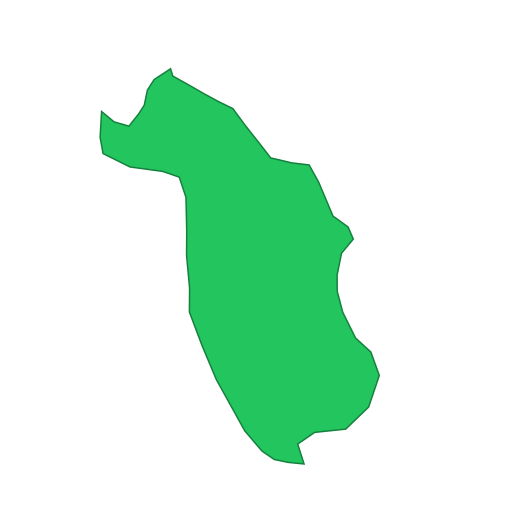 Tavrou, Cyprus (orthographic projection), rotated 61°
{"feature_id": "46923920B83443733114652", "entity_name": "Tavrou", "entity_type": "district", "adm_level": 2, "iso_a3": "CYP", "parent_name": "Cyprus", "parent_adm1": "", "projection": "orthographic", "projection_center": [34.075, 35.395], "detail": "fine", "context": "isolated", "style": "filled", "palette": "green", "viewbox_px": 512, "rotation_deg": 61, "n_neighbors": 0, "source": "geoboundaries", "source_scale": "gbopen_adm2", "svg_char_len": 792}
<svg xmlns="http://www.w3.org/2000/svg" viewBox="0 0 512 512"><g transform="rotate(61 256 256)"><path d="M50.8,240.0L52.3,259.6L58.2,270.5L69.9,280.6L74.9,289.9L80.8,304.2L69.9,315.1L54.8,321.0L76.6,334.8L92.3,340.1L117.1,323.0L136.7,296.7L149.8,284.9L170.7,288.8L200.8,304.6L221.7,316.4L251.8,329.6L272.7,341.4L308.1,346.6L344.7,350.6L382.6,350.6L403.5,350.6L417.9,347.7L429.7,345.3L442.8,338.7L451.9,328.2L461.2,314.8L440.7,310.7L438.7,290.2L450.9,261.5L442.7,230.7L420.3,206.1L395.7,202.1L376.0,208.7L347.3,207.4L326.3,202.1L312.0,194.3L295.0,179.8L288.4,162.7L275.3,161.4L258.4,169.3L221.7,165.4L202.1,165.4L191.7,179.8L177.3,195.6L160.3,198.2L136.7,202.1L115.8,204.8L102.7,214.0L88.4,223.1L75.3,231.0L58.3,241.5L50.8,240.0Z" fill="#22c55e" stroke="#15803d" stroke-width="1.5"/></g></svg>